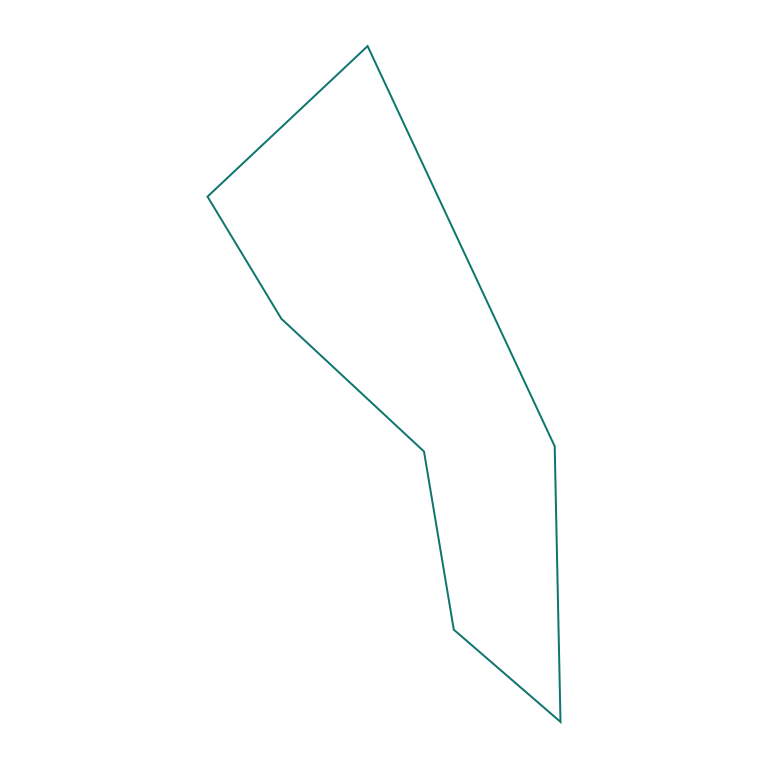 the border of Seychelles
{"feature_id": "SYC", "entity_name": "Seychelles", "entity_type": "country or territory", "adm_level": 0, "iso_a3": "SYC", "parent_name": "Seven seas (open ocean)", "parent_adm1": "", "projection": "equal_earth", "projection_center": [55.482, -4.672], "detail": "fine", "context": "isolated", "style": "outline", "palette": "teal", "viewbox_px": 768, "rotation_deg": 0, "n_neighbors": 0, "source": "natural_earth", "source_scale": "50m", "svg_char_len": 222}
<svg xmlns="http://www.w3.org/2000/svg" viewBox="0 0 768 768"><path d="M554.7,446.3L560.5,721.9L453.8,629.7L424.0,451.5L281.4,318.8L207.5,196.6L367.6,46.1L554.7,446.3Z" fill="none" stroke="#0f766e" stroke-width="2"/></svg>